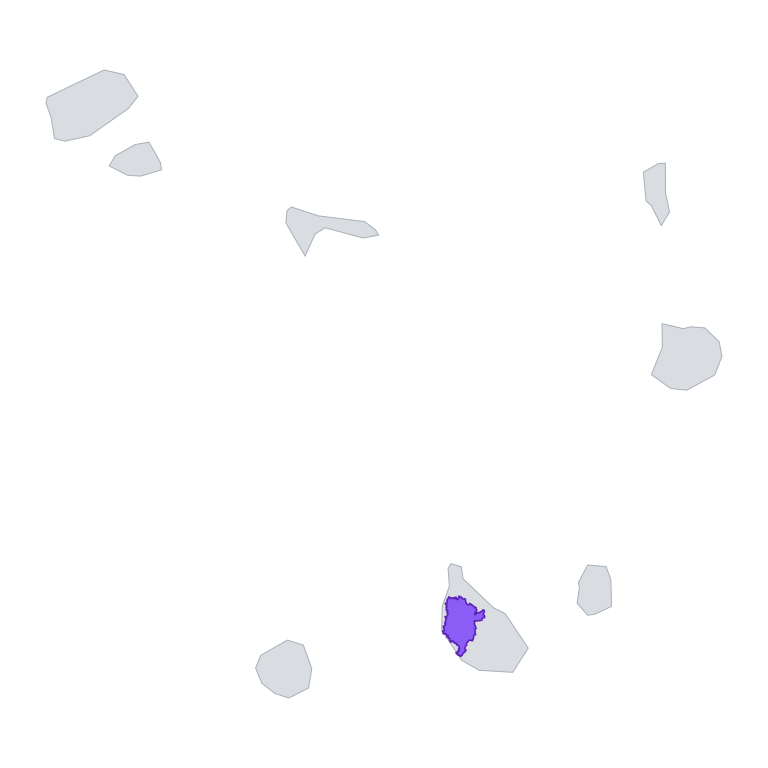 Santa Catarina, Santa Catarina, Cabo Verde shown in context
{"feature_id": "66160863B9089914822408", "entity_name": "Santa Catarina", "entity_type": "district", "adm_level": 2, "iso_a3": "CPV", "parent_name": "Cabo Verde", "parent_adm1": "Santa Catarina", "projection": "mercator", "projection_center": [-23.734, 15.091], "detail": "fine", "context": "in_parent", "style": "filled", "palette": "violet", "viewbox_px": 768, "rotation_deg": 0, "n_neighbors": 0, "source": "geoboundaries", "source_scale": "gbopen_adm2", "svg_char_len": 6898}
<svg xmlns="http://www.w3.org/2000/svg" viewBox="0 0 768 768"><path d="M528.2,648.1L512.8,672.3L479.2,670.3L461.8,660.4L441.6,630.0L442.2,606.5L449.4,586.1L448.1,568.4L451.0,563.7L461.4,566.8L463.0,578.7L493.7,607.9L505.1,613.6L528.2,648.1ZM89.7,135.7L65.0,141.2L54.5,138.5L51.1,117.4L46.1,103.5L47.2,97.3L104.0,70.0L124.1,74.6L138.0,96.3L128.5,108.4L89.7,135.7ZM662.0,323.7L683.2,328.6L691.2,326.8L704.8,327.9L719.2,341.8L721.9,356.5L714.7,375.0L686.7,390.2L670.5,388.4L651.4,374.6L662.4,347.2L662.0,323.7ZM308.6,688.0L288.9,698.0L275.0,693.6L261.9,683.3L255.6,668.3L260.7,655.4L287.4,640.1L303.3,645.1L311.8,668.7L308.6,688.0ZM364.7,221.7L375.2,229.5L378.7,235.1L363.1,238.0L325.2,227.8L315.1,234.0L305.1,256.0L285.8,222.8L287.1,210.6L291.3,207.0L318.1,215.8L364.7,221.7ZM594.8,614.2L587.7,615.2L577.1,603.3L579.5,586.9L578.3,582.6L587.7,565.0L606.1,566.6L610.8,579.5L611.6,606.3L594.8,614.2ZM161.6,169.8L140.7,176.1L127.8,175.3L109.2,166.0L115.1,155.8L135.2,144.5L149.0,142.2L160.3,162.3L161.6,169.8ZM669.5,212.0L661.3,225.6L651.4,205.6L646.0,200.9L643.4,172.2L658.1,163.7L665.3,163.0L665.5,192.6L669.5,212.0Z" fill="#d9dde1" stroke="#a8b0b8" stroke-width="1"/><path d="M465.6,599.6L465.2,598.9L464.8,598.7L463.6,599.1L463.0,599.0L462.6,598.4L462.2,598.5L462.0,598.2L462.0,597.8L461.1,597.2L461.0,596.9L460.7,596.9L460.5,596.6L459.9,596.7L459.2,596.3L458.9,596.3L459.2,597.0L458.9,597.0L458.8,597.7L458.4,598.0L458.5,598.9L457.9,599.4L457.7,599.5L457.7,599.3L457.3,599.5L456.7,599.0L456.4,598.9L456.5,598.7L456.2,598.7L456.3,598.4L456.0,598.4L456.1,598.0L455.8,597.9L455.9,597.7L455.5,597.8L455.4,597.5L455.5,597.4L455.3,597.4L455.1,597.2L454.4,597.5L454.2,598.3L453.9,598.7L453.7,598.5L453.5,598.1L453.1,597.8L452.3,598.1L452.0,597.9L451.6,597.9L451.2,598.4L450.9,598.4L450.8,598.2L450.4,598.4L450.2,597.7L449.8,597.8L449.4,597.4L449.3,596.9L449.1,596.8L448.9,596.8L448.9,597.1L449.0,597.4L448.7,598.1L448.0,598.4L447.9,598.8L447.7,598.7L447.1,599.8L447.0,600.4L446.9,600.8L447.0,601.1L447.0,602.3L447.3,602.5L447.2,602.9L447.0,603.0L446.7,603.0L446.1,603.6L445.9,603.6L445.6,603.3L445.3,603.4L445.4,603.7L445.7,603.9L445.7,604.1L446.1,604.4L446.1,604.7L446.2,604.9L446.4,604.9L446.2,605.4L446.6,605.5L446.6,605.9L447.1,606.6L446.7,606.8L446.7,607.0L446.1,607.3L446.6,608.2L446.5,608.5L446.3,608.5L446.6,609.7L446.3,609.8L446.3,610.1L446.4,610.4L447.0,610.2L447.3,610.5L447.6,610.4L447.9,610.6L447.9,610.8L447.6,611.1L447.8,611.2L447.8,611.4L447.7,611.5L447.4,611.4L447.4,611.5L447.6,611.8L447.0,612.3L447.0,612.7L447.3,613.5L447.5,613.7L447.9,613.6L448.0,614.2L447.5,615.0L447.3,615.8L446.8,616.4L446.4,616.6L446.2,616.4L446.1,616.5L445.7,616.5L445.4,616.6L445.6,617.0L445.2,617.1L445.4,617.6L445.6,617.4L446.3,617.6L446.4,617.8L446.2,617.9L446.3,617.9L446.4,618.3L446.1,618.3L445.8,618.7L445.8,619.3L446.0,619.8L445.9,619.9L445.7,620.2L445.5,620.7L445.3,621.2L445.3,621.5L445.1,621.5L445.3,621.6L445.2,622.0L445.4,622.2L445.2,622.3L445.4,622.4L445.3,622.5L445.2,623.2L445.4,623.8L445.1,623.9L445.3,624.1L445.2,624.4L445.4,624.5L445.5,624.8L445.4,625.0L445.0,625.3L444.4,625.7L444.0,625.7L443.8,626.1L443.5,626.1L443.3,626.3L443.7,626.8L443.4,627.0L443.3,627.7L443.9,628.1L443.8,628.4L444.3,629.2L444.2,629.3L444.4,629.4L444.4,629.6L444.4,629.8L444.5,630.1L444.5,630.6L443.8,631.0L442.8,630.9L442.5,631.3L442.9,632.2L443.3,632.6L443.3,633.1L443.1,633.3L443.1,633.7L443.9,633.8L444.0,633.3L444.7,633.2L444.8,633.3L444.7,633.5L444.8,633.9L445.6,634.2L445.9,634.2L446.0,634.4L446.5,634.3L446.5,634.5L446.4,634.6L446.6,634.5L446.8,634.8L447.0,635.1L447.0,635.6L446.7,635.5L447.0,636.3L447.1,636.5L447.3,636.6L447.5,636.5L447.3,636.8L447.8,636.6L448.3,637.2L448.5,637.2L448.5,638.0L448.8,638.1L448.6,638.2L448.8,638.4L449.3,638.5L449.6,638.8L449.4,639.6L449.6,639.7L449.5,640.0L449.9,640.2L449.9,640.5L450.4,641.0L450.3,641.5L450.5,641.5L450.4,641.7L450.6,641.7L450.6,642.0L451.0,642.0L451.2,641.7L451.6,641.7L451.7,641.2L452.0,640.8L453.0,640.9L453.3,641.9L453.7,642.1L453.9,642.5L454.1,642.6L454.3,643.0L454.8,643.2L455.1,642.9L455.3,643.2L456.0,643.3L456.2,643.6L456.2,644.1L456.5,644.4L457.2,644.5L457.5,644.9L457.4,645.2L457.7,645.1L458.0,645.4L457.9,645.5L458.1,645.4L458.3,645.6L458.4,645.9L458.2,646.0L458.4,646.0L458.6,646.0L458.8,646.5L459.0,646.5L459.3,646.9L459.5,647.3L459.3,647.5L459.4,648.0L458.6,648.4L458.6,648.7L458.8,648.8L458.9,649.0L459.1,649.0L459.3,649.4L459.1,650.6L458.7,650.5L458.8,650.9L458.7,651.0L458.1,650.8L457.9,650.9L457.9,651.2L458.1,651.4L458.0,652.2L457.6,652.3L457.0,652.3L456.9,652.4L456.6,652.3L456.6,652.6L456.3,652.7L456.2,652.6L456.0,652.8L456.3,653.3L456.4,653.8L457.2,654.1L457.2,653.9L457.4,653.9L457.5,654.3L457.8,654.4L457.8,654.7L458.0,654.7L458.0,654.9L458.1,655.2L458.6,655.2L459.2,655.2L459.4,655.1L459.5,655.2L460.2,655.6L460.3,656.2L460.2,656.3L460.4,656.4L461.3,656.1L461.7,655.3L462.3,655.0L462.3,654.6L463.2,653.3L463.7,653.1L464.4,652.0L465.0,651.9L465.3,651.6L465.3,651.3L465.5,651.2L466.0,650.5L465.8,649.6L465.6,649.5L465.1,649.6L464.9,649.5L464.9,648.0L465.6,646.2L466.0,645.7L466.1,645.4L466.8,645.1L466.5,644.2L466.6,643.2L468.2,641.5L468.6,640.8L469.5,640.2L469.9,640.2L470.0,640.0L470.4,640.3L470.7,640.2L471.5,640.4L471.5,640.6L471.8,640.8L472.5,640.7L472.8,640.2L472.8,639.5L473.1,639.4L473.3,638.4L473.6,638.0L473.7,636.7L473.6,636.4L473.8,635.7L473.8,635.1L474.2,635.2L475.2,634.7L475.5,634.7L476.1,634.4L475.9,634.4L475.5,633.8L475.1,633.1L475.2,632.2L475.0,631.8L475.2,631.3L474.9,629.7L475.2,629.0L475.5,629.0L476.2,628.3L475.5,627.2L475.6,626.7L475.2,626.2L475.4,625.9L475.0,625.6L474.8,624.9L474.4,624.7L474.6,623.6L474.5,622.8L474.6,622.3L474.1,621.8L474.1,621.6L474.5,621.4L475.0,621.4L475.1,620.9L474.9,620.7L475.1,620.6L477.0,621.0L478.2,620.8L478.5,620.5L479.5,620.7L480.0,620.5L480.6,620.5L480.9,620.3L481.2,620.4L481.7,620.4L482.0,620.0L481.9,619.7L482.0,618.8L482.4,618.5L482.8,617.8L483.7,617.7L483.8,617.5L484.5,617.7L484.4,617.1L484.7,616.5L484.4,616.3L484.3,615.2L483.4,614.9L483.5,613.2L483.9,612.5L484.4,612.1L484.5,611.6L484.5,611.3L484.1,610.8L483.9,610.0L483.6,609.9L483.4,610.0L482.9,609.9L481.8,611.3L481.3,611.4L480.9,611.7L480.4,611.8L480.0,612.5L479.7,612.4L479.6,612.7L479.4,612.7L478.3,613.1L478.2,612.8L476.6,612.6L476.3,612.9L476.2,613.4L476.0,613.1L475.6,613.5L475.4,614.7L474.9,614.7L474.7,613.5L474.8,613.1L475.3,612.3L476.3,611.5L476.4,611.0L476.9,610.8L476.8,610.5L476.5,610.4L476.8,609.9L476.3,609.1L476.1,607.6L475.5,607.5L475.4,607.3L475.2,607.5L475.0,607.4L474.7,607.6L474.6,607.2L474.1,607.0L473.7,606.2L473.4,605.9L473.2,605.8L473.2,605.6L472.4,605.1L471.5,605.2L471.4,604.6L471.4,604.4L470.8,604.0L470.6,603.7L470.4,603.7L469.7,603.4L469.4,604.1L468.8,604.8L468.5,604.9L467.6,604.7L467.2,604.1L466.9,604.0L466.7,603.5L466.4,603.4L466.2,602.9L465.9,602.8L466.0,602.0L465.8,601.6L465.8,601.2L465.5,600.8L465.4,600.2L465.6,599.6Z" fill="#8b5cf6" stroke="#5b21b6" stroke-width="1.5"/></svg>